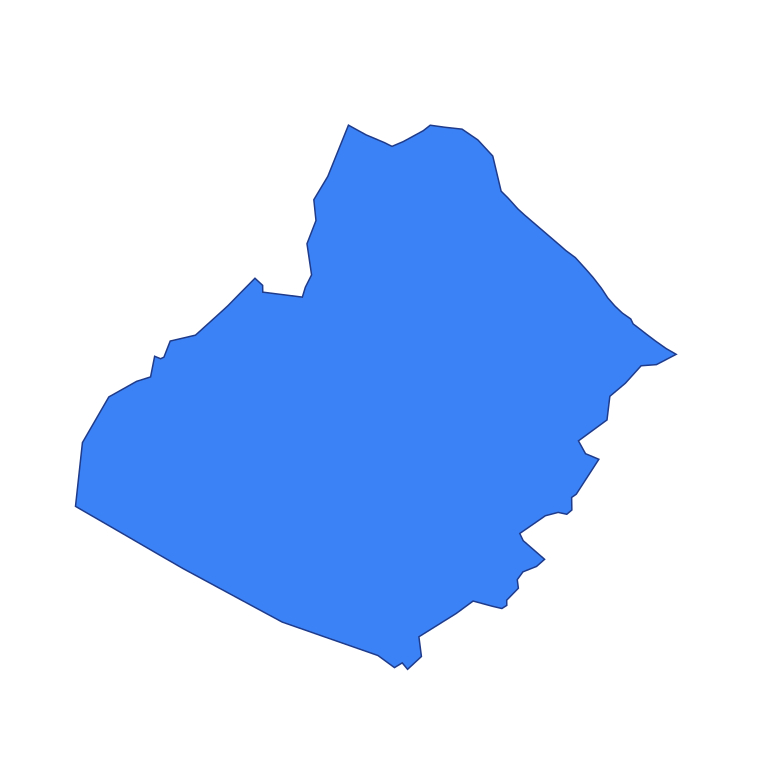 outline of Michika, Adamawa, Nigeria, rotated 108°
{"feature_id": "59680162B49393703134220", "entity_name": "Michika", "entity_type": "district", "adm_level": 2, "iso_a3": "NGA", "parent_name": "Nigeria", "parent_adm1": "Adamawa", "projection": "orthographic", "projection_center": [13.375, 10.58], "detail": "fine", "context": "isolated", "style": "filled", "palette": "blue", "viewbox_px": 768, "rotation_deg": 108, "n_neighbors": 0, "source": "geoboundaries", "source_scale": "gbopen_adm2", "svg_char_len": 1395}
<svg xmlns="http://www.w3.org/2000/svg" viewBox="0 0 768 768"><g transform="rotate(108 384 384)"><path d="M265.5,115.3L263.1,126.6L259.3,138.9L255.6,149.6L251.7,160.4L249.9,165.6L245.9,169.4L242.9,179.2L238.5,188.5L232.9,197.9L227.0,205.2L225.4,207.3L221.2,213.5L220.6,214.3L217.8,218.5L212.2,227.9L204.7,241.0L200.9,252.3L199.5,255.5L198.9,256.9L186.8,285.9L179.8,302.7L176.3,310.4L174.8,313.1L168.8,323.5L164.4,332.2L133.6,351.0L122.9,370.1L117.5,388.5L118.3,392.4L121.0,405.4L123.6,420.0L130.9,424.9L147.5,440.6L155.5,449.8L155.0,453.6L154.3,458.1L152.6,478.0L148.8,497.8L203.9,501.6L230.4,507.7L249.6,499.2L274.4,500.6L302.6,486.6L316.2,488.7L326.6,488.5L334.1,527.7L327.7,529.9L323.3,539.4L342.6,549.1L357.9,556.7L364.8,560.6L395.8,578.4L409.2,600.6L426.5,601.6L429.0,604.3L428.5,610.7L449.4,608.2L457.9,620.1L481.3,641.7L532.9,652.7L595.7,639.6L605.9,591.7L615.8,545.6L621.7,517.8L641.9,407.2L644.1,305.8L644.7,304.0L650.5,286.4L643.6,280.5L648.1,273.4L631.6,264.2L613.6,272.7L579.9,244.4L562.9,232.2L561.9,212.1L561.1,202.5L556.6,198.8L551.7,200.5L536.7,193.1L528.9,196.8L519.7,193.8L510.3,182.5L501.1,177.1L490.0,203.2L484.2,208.7L459.4,189.8L452.3,178.7L451.4,169.9L445.8,166.4L433.9,170.5L429.4,167.1L389.2,156.4L388.0,170.8L378.0,181.5L351.3,162.3L349.3,160.8L325.9,165.4L308.7,154.7L287.2,145.1L281.4,130.9L265.5,115.3Z" fill="#3b82f6" stroke="#1e3a8a" stroke-width="1.5"/></g></svg>